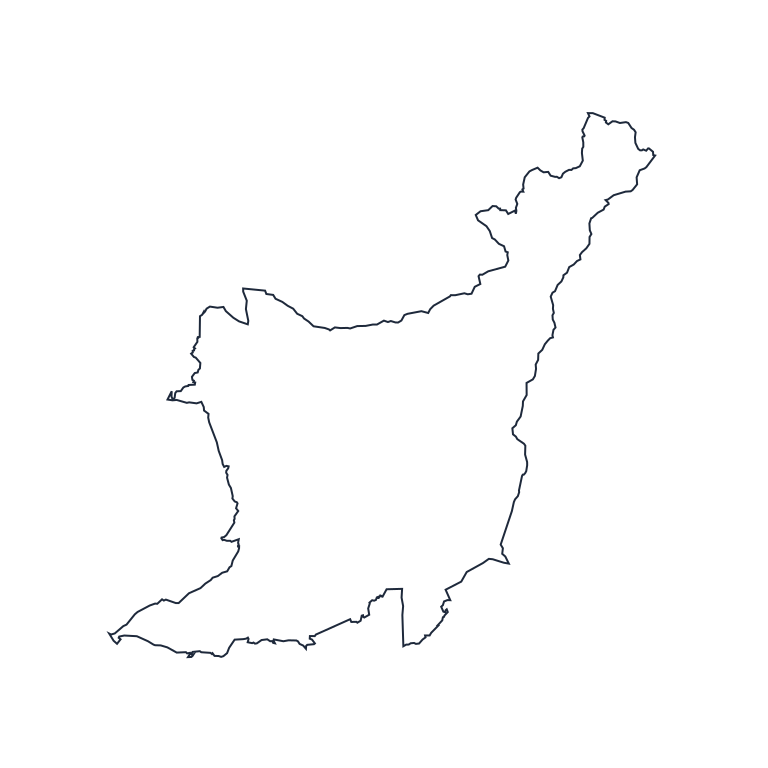 Carbunesti, Prahova, Romania, rotated 100°
{"feature_id": "2599482B86728015913545", "entity_name": "Carbunesti", "entity_type": "district", "adm_level": 2, "iso_a3": "ROU", "parent_name": "Romania", "parent_adm1": "Prahova", "projection": "equal_earth", "projection_center": [26.2, 45.227], "detail": "fine", "context": "isolated", "style": "outline", "palette": "slate", "viewbox_px": 768, "rotation_deg": 100, "n_neighbors": 0, "source": "geoboundaries", "source_scale": "gbopen_adm2", "svg_char_len": 6146}
<svg xmlns="http://www.w3.org/2000/svg" viewBox="0 0 768 768"><g transform="rotate(100 384 384)"><path d="M436.9,594.5L436.8,589.4L435.7,585.4L436.8,574.9L435.9,572.7L435.6,565.2L433.3,560.8L438.0,557.5L441.4,556.6L443.9,551.6L447.6,551.3L452.1,549.5L470.5,538.5L478.5,535.2L487.1,530.2L490.8,529.0L493.4,527.0L492.0,525.0L492.1,522.7L494.1,522.8L496.9,524.2L498.8,524.0L500.7,522.3L503.5,522.3L510.0,519.3L513.0,516.7L520.7,513.5L523.1,513.4L525.6,510.6L526.0,508.4L527.0,507.5L532.1,508.1L534.4,505.5L540.3,508.3L542.8,507.7L544.2,508.2L546.5,507.3L560.3,513.0L562.5,514.9L563.4,517.3L564.2,517.4L565.8,515.8L565.2,514.4L565.7,511.7L565.1,508.2L565.9,506.8L562.1,500.1L565.9,500.1L567.1,499.3L569.0,499.7L569.4,499.5L569.0,498.5L571.0,498.2L574.2,498.5L584.1,502.3L589.8,502.7L591.3,504.3L595.7,505.9L598.0,510.6L602.0,514.3L604.5,519.1L607.2,520.6L611.6,525.3L616.9,529.3L623.9,539.7L635.4,548.2L635.9,550.9L634.2,561.4L635.5,563.2L634.6,565.2L639.8,569.1L640.0,571.3L642.8,576.2L651.3,587.1L654.1,589.4L665.7,595.8L667.7,598.7L676.4,605.8L678.1,609.3L677.5,611.3L683.8,605.7L686.2,601.8L681.2,599.1L680.0,601.2L678.7,600.9L676.8,596.1L675.3,583.6L678.3,571.8L680.7,565.7L681.0,564.1L680.2,558.5L681.0,551.6L684.5,541.5L682.5,532.5L683.5,531.1L682.4,528.3L683.0,527.9L687.0,529.6L686.3,526.4L685.2,525.4L683.1,524.5L683.9,526.1L683.4,527.2L681.1,526.0L679.1,519.0L679.9,517.4L678.9,508.2L679.8,506.6L678.9,506.1L681.2,503.7L680.6,499.6L681.0,497.0L679.9,494.9L676.3,491.8L670.7,490.7L661.7,486.7L659.7,478.3L658.7,475.5L657.4,474.0L658.6,473.1L662.0,473.4L662.1,468.8L661.3,467.6L662.1,466.0L661.5,464.2L657.4,460.1L655.7,454.6L657.1,451.4L656.6,449.4L658.2,448.2L658.3,446.4L655.9,448.2L654.7,448.2L654.8,438.4L653.0,433.5L651.8,425.8L652.4,424.0L654.6,422.0L655.6,418.2L658.3,414.9L655.5,415.2L654.2,414.3L652.4,407.8L651.5,407.0L648.2,410.5L647.7,412.9L645.1,413.2L644.3,408.4L642.6,407.6L621.5,376.5L624.0,374.9L623.0,369.8L623.7,368.8L621.2,365.9L616.0,365.7L615.4,364.5L617.0,363.9L617.4,362.9L613.8,358.5L607.8,360.6L602.7,359.9L601.9,360.4L599.0,358.1L599.1,356.1L598.1,354.5L595.4,354.0L594.9,353.2L595.8,353.1L595.7,352.1L592.9,351.0L593.1,349.9L593.6,350.0L593.7,348.5L585.7,345.8L582.6,330.6L591.3,329.6L599.4,326.6L608.3,325.8L638.9,319.4L636.8,316.9L636.3,314.4L634.7,312.7L633.8,309.4L634.4,307.5L633.5,304.4L628.9,301.6L626.3,299.1L624.5,299.9L623.7,295.4L620.8,294.3L612.5,288.6L612.4,289.3L606.7,285.6L603.5,285.5L602.8,284.4L601.6,284.3L597.5,281.6L595.0,283.1L596.1,284.0L598.1,284.3L597.9,286.0L593.4,289.0L591.6,287.6L587.7,287.1L585.8,284.0L585.4,281.2L575.9,287.6L565.2,273.6L554.8,269.9L543.1,255.4L538.0,250.4L537.7,246.5L539.2,235.0L539.2,229.9L532.8,234.6L530.7,238.1L525.1,238.4L521.9,241.2L487.0,236.0L477.7,235.6L474.8,234.9L471.2,232.7L467.0,232.1L465.5,232.6L450.6,232.1L449.2,231.6L449.0,230.6L447.3,229.5L445.1,228.8L439.1,228.9L436.0,229.5L429.0,232.8L420.2,234.1L418.5,235.8L415.2,243.1L412.9,245.0L411.2,248.2L405.3,249.9L401.7,247.0L398.0,246.6L392.3,243.8L381.5,243.5L377.0,244.1L370.1,241.6L358.2,243.8L353.6,238.2L349.9,236.8L342.7,236.9L338.5,238.0L333.5,236.4L327.2,237.3L322.9,234.1L316.9,232.5L312.8,230.2L310.0,228.3L308.8,225.7L306.7,226.6L301.2,226.5L298.6,224.9L294.1,226.8L291.2,229.0L287.1,230.0L284.5,229.1L280.6,230.7L277.0,231.1L269.0,235.0L264.8,233.9L262.9,231.7L256.3,230.2L252.2,227.1L247.8,225.9L245.8,226.2L242.6,223.1L236.7,221.9L233.4,217.9L229.4,215.3L227.2,212.2L223.0,213.5L219.8,211.9L215.2,208.3L210.3,206.0L203.5,207.1L200.3,205.8L196.9,208.0L190.2,209.6L184.8,208.8L184.3,207.8L178.2,203.2L174.1,198.0L171.0,197.4L167.8,194.0L166.7,194.4L164.4,197.7L163.4,195.5L158.2,190.6L152.6,179.5L151.4,174.5L149.8,172.9L143.4,169.4L136.6,171.1L129.1,169.3L126.5,164.8L124.9,163.3L111.9,156.7L111.8,158.6L108.6,159.4L106.0,164.0L106.1,164.8L108.7,166.3L108.0,169.5L109.1,170.6L109.4,172.4L108.3,174.5L102.9,178.3L97.4,179.7L92.4,179.9L90.2,181.9L88.9,184.7L84.5,188.8L84.1,191.2L86.0,197.0L85.2,201.6L85.6,204.6L89.3,208.2L87.9,210.9L86.3,210.9L85.6,212.7L83.4,212.9L81.0,225.4L81.8,230.2L84.8,228.1L86.5,229.3L97.4,231.8L99.0,232.8L100.6,232.4L104.5,229.6L105.3,229.8L105.8,231.3L106.8,231.5L111.4,229.7L115.8,228.9L117.8,229.7L122.2,229.2L129.5,227.0L135.6,229.0L138.1,232.6L138.8,235.2L140.6,236.5L141.0,239.0L143.5,242.3L145.8,244.3L149.6,245.2L150.9,247.3L149.9,249.8L150.3,251.4L149.9,256.1L146.6,259.1L147.8,263.6L146.5,267.1L144.3,270.3L147.6,275.4L149.4,277.7L156.0,281.3L163.4,281.6L167.3,280.5L168.3,281.5L170.4,280.2L170.7,282.5L171.5,283.5L177.7,286.2L179.5,286.4L183.5,284.0L187.6,284.7L190.5,283.7L193.4,283.7L190.5,285.2L195.0,291.2L191.8,294.1L192.6,299.7L191.1,300.1L191.4,301.5L189.5,304.3L189.9,308.0L194.7,311.5L197.1,318.9L201.6,323.0L206.5,319.8L210.8,310.5L215.0,306.4L221.5,302.9L222.4,300.0L226.0,295.2L227.5,289.7L232.4,287.3L232.8,285.0L235.6,285.0L240.8,283.0L247.4,285.0L254.9,300.9L259.3,306.1L259.6,308.6L261.4,309.6L268.8,306.5L272.5,311.5L279.9,313.5L281.1,317.1L280.7,320.6L284.2,329.3L284.9,333.6L286.3,334.3L298.2,348.7L302.3,351.5L306.4,352.8L305.8,359.8L310.8,373.0L312.6,375.9L318.5,377.9L321.0,380.8L321.4,383.3L320.8,388.2L322.3,390.9L321.6,395.1L326.7,401.3L327.4,405.4L330.0,412.2L331.6,420.4L335.2,427.0L335.1,429.7L336.5,436.6L336.8,442.2L340.6,446.4L339.8,447.7L339.1,452.1L339.4,463.4L335.6,469.1L333.4,474.1L331.4,476.2L329.9,481.7L325.6,486.5L323.7,492.4L320.8,498.4L318.9,505.6L315.5,508.6L315.8,515.5L312.7,517.3L314.4,539.3L317.5,538.7L325.8,533.6L334.2,533.0L345.4,528.6L348.9,528.5L347.5,537.6L344.9,543.9L339.7,552.4L336.0,555.5L337.8,561.2L338.0,568.9L340.6,571.8L343.7,572.8L345.2,573.8L344.4,574.1L347.4,575.1L349.2,577.0L369.6,573.7L370.1,575.3L370.9,575.0L371.4,575.8L374.9,575.1L380.8,577.8L381.8,576.3L382.6,577.1L383.9,576.9L384.5,578.2L386.2,577.8L387.6,579.2L390.4,575.9L390.7,574.0L395.2,568.5L400.7,568.0L402.2,569.2L405.0,569.5L406.1,572.3L410.3,574.4L413.2,573.4L413.8,571.8L415.3,572.1L415.3,570.2L417.5,570.2L418.9,576.3L419.9,576.4L420.9,579.3L422.3,581.0L426.3,582.9L427.2,587.0L429.2,588.0L434.0,587.8L436.0,589.3L433.3,591.1L428.0,591.8L436.9,594.5Z" fill="none" stroke="#1e293b" stroke-width="2"/></g></svg>